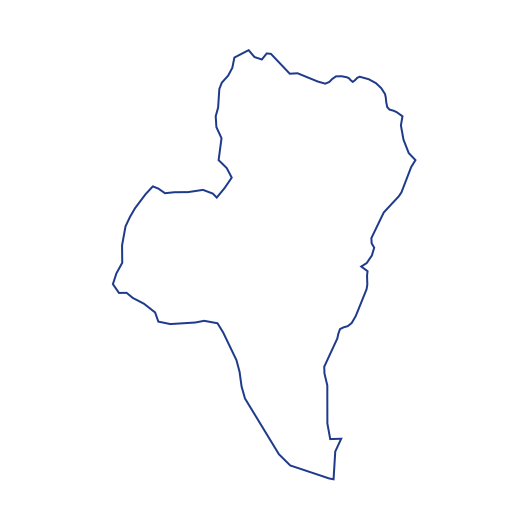 SVG path tracing the border of Léraba, rotated 193°
{"feature_id": "BFA-2835", "entity_name": "Léraba", "entity_type": "Province", "adm_level": 1, "iso_a3": "BFA", "parent_name": "Burkina Faso", "parent_adm1": "", "projection": "robinson", "projection_center": [-5.276, 10.67], "detail": "fine", "context": "isolated", "style": "outline", "palette": "blue", "viewbox_px": 512, "rotation_deg": 193, "n_neighbors": 0, "source": "natural_earth", "source_scale": "10m", "svg_char_len": 1503}
<svg xmlns="http://www.w3.org/2000/svg" viewBox="0 0 512 512"><g transform="rotate(193 256 256)"><path d="M195.3,454.0L185.9,453.6L178.0,451.4L171.7,447.7L166.7,442.8L165.2,439.6L163.6,434.9L161.6,430.6L158.9,428.7L154.6,428.5L151.3,427.8L144.7,425.1L144.2,415.9L138.5,402.6L130.3,390.6L122.2,385.3L124.8,377.7L128.6,350.7L130.3,346.3L141.3,327.2L147.6,299.4L146.2,294.4L142.7,290.7L143.2,282.6L146.5,274.1L151.1,269.4L143.9,266.3L143.4,261.9L141.1,253.2L140.8,248.4L145.3,220.0L147.7,212.2L150.8,208.3L154.6,206.2L157.7,203.7L158.3,198.5L158.2,194.0L164.6,163.5L162.9,157.0L157.4,145.9L148.8,108.9L142.5,94.3L131.9,97.1L134.8,83.3L130.2,55.9L134.7,55.7L175.5,59.6L189.1,68.0L234.7,114.7L240.7,125.6L245.9,139.3L251.6,150.1L270.8,174.1L278.4,181.8L291.9,181.2L300.3,177.5L324.2,170.4L336.4,170.1L341.6,178.3L354.5,184.3L366.6,187.4L373.8,191.0L381.2,189.2L389.1,196.4L388.1,207.7L384.8,219.3L388.9,236.2L389.8,255.5L387.6,265.7L384.6,275.4L377.5,291.4L372.2,300.6L366.3,299.7L358.8,296.7L349.8,299.8L336.5,303.0L322.5,308.5L312.1,307.1L307.4,304.1L301.9,315.1L297.3,326.9L304.3,335.1L314.0,341.0L316.1,363.0L323.6,372.7L326.7,383.1L326.3,392.1L329.3,410.5L328.3,417.2L323.7,425.5L321.4,434.1L321.7,444.5L309.5,454.9L302.2,449.5L294.5,448.8L291.1,455.8L286.9,456.3L264.1,441.2L256.6,443.4L235.1,439.9L227.3,439.5L223.8,442.0L221.5,445.7L218.5,449.0L213.1,450.4L207.8,450.6L205.4,450.1L203.3,448.6L200.9,447.4L199.2,449.4L197.4,452.4L195.3,454.0Z" fill="none" stroke="#1e3a8a" stroke-width="2"/></g></svg>